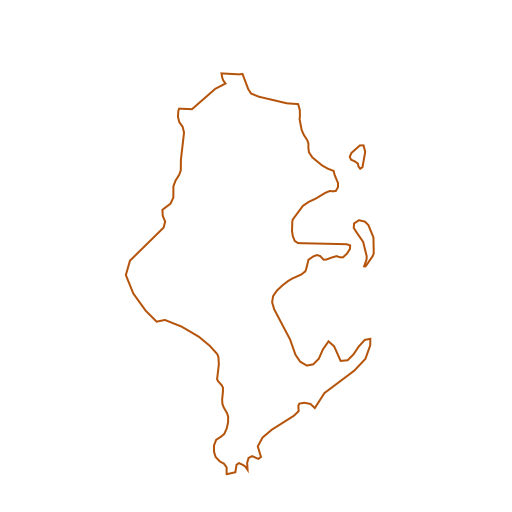 map outline of Batangas (Natural Earth projection), rotated 234°
{"feature_id": "PHL-2564", "entity_name": "Batangas", "entity_type": "Province", "adm_level": 1, "iso_a3": "PHL", "parent_name": "Philippines", "parent_adm1": "", "projection": "natural_earth1", "projection_center": [120.943, 13.875], "detail": "fine", "context": "isolated", "style": "outline", "palette": "amber", "viewbox_px": 512, "rotation_deg": 234, "n_neighbors": 0, "source": "natural_earth", "source_scale": "10m", "svg_char_len": 2409}
<svg xmlns="http://www.w3.org/2000/svg" viewBox="0 0 512 512"><g transform="rotate(234 256 256)"><path d="M420.4,280.4L412.4,290.5L415.2,321.4L413.5,332.7L417.1,332.7L419.6,333.3L424.0,335.4L412.8,349.2L411.2,352.1L395.6,347.8L390.3,347.5L383.1,352.0L361.4,370.7L354.1,379.4L348.3,377.2L342.9,373.4L341.3,371.8L331.1,367.0L326.1,365.9L319.3,365.5L316.0,364.4L312.8,362.0L308.8,359.8L302.7,359.5L290.4,362.7L284.5,365.4L279.2,368.8L275.5,367.3L266.8,365.2L263.5,362.8L261.7,358.8L263.0,356.4L265.2,353.9L266.4,349.1L267.3,338.3L268.8,330.5L269.0,323.3L263.9,307.2L262.4,305.5L255.0,299.8L250.3,297.4L245.4,296.2L241.7,297.6L212.3,336.2L209.2,338.4L206.4,336.0L204.4,330.8L203.8,325.6L205.5,323.3L208.6,321.0L210.4,315.9L211.8,310.8L213.3,308.5L218.2,307.9L220.9,305.9L222.0,302.1L222.1,296.2L215.9,288.9L214.6,286.9L214.4,281.8L216.4,272.4L216.9,267.4L216.7,260.3L215.8,252.8L213.5,246.3L209.2,241.9L202.3,239.4L168.4,234.5L153.0,229.9L144.6,229.6L137.5,232.7L134.7,238.6L136.0,246.5L141.1,255.2L144.3,264.5L136.9,266.1L121.4,262.8L117.8,268.8L119.1,277.0L122.4,286.0L124.2,294.7L121.8,299.8L116.6,295.9L108.5,284.1L105.5,268.3L104.9,230.8L98.4,214.2L104.3,213.1L108.8,208.9L111.1,204.3L109.9,202.2L105.4,199.3L104.5,192.7L106.2,166.8L105.3,154.6L100.9,145.5L90.5,141.9L90.5,138.6L96.3,135.3L97.0,131.3L93.8,127.2L88.0,123.5L91.6,123.6L94.1,122.9L98.5,120.5L98.5,117.5L93.2,112.2L96.5,104.4L96.7,104.0L96.8,104.0L102.3,108.0L106.8,108.0L111.0,106.0L117.2,105.2L122.1,106.9L127.3,110.5L130.7,115.7L130.4,121.7L130.7,125.7L133.5,130.7L137.7,135.5L142.3,139.0L145.9,140.2L152.6,140.9L155.9,141.8L159.6,144.1L165.9,149.7L169.0,151.9L171.5,152.3L177.3,151.7L179.2,152.1L190.1,162.2L196.2,166.1L199.4,167.0L210.5,165.8L224.0,162.4L242.6,154.3L257.8,144.7L261.3,137.0L276.5,134.6L297.8,134.7L317.1,139.5L326.3,151.3L333.3,198.0L337.2,202.7L343.4,204.2L348.4,207.5L348.6,217.6L351.9,223.5L361.0,230.2L364.3,235.2L366.9,241.7L369.5,245.5L378.0,251.8L398.1,270.3L403.7,272.6L409.3,272.6L414.5,274.7L419.0,278.4L420.4,280.4ZM214.8,351.2L221.3,351.6L224.7,354.5L224.4,360.4L219.8,364.3L215.0,365.1L201.9,361.9L188.8,352.7L187.3,350.2L183.7,340.1L183.3,338.3L184.1,337.4L188.1,343.3L190.7,345.4L204.5,351.0L214.8,351.2ZM282.3,408.0L276.1,405.6L265.3,394.4L265.3,391.6L268.2,391.5L270.8,392.7L274.1,391.7L278.1,389.5L281.2,390.2L283.3,393.9L284.4,405.0L282.3,408.0Z" fill="none" stroke="#b45309" stroke-width="2"/></g></svg>